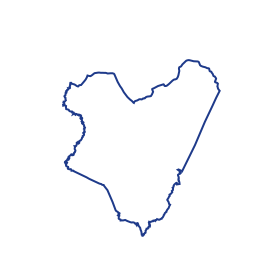 Tan Bien, Tây Ninh, Vietnam (Mercator projection), rotated 26°
{"feature_id": "81297802B37342354446447", "entity_name": "Tan Bien", "entity_type": "district", "adm_level": 2, "iso_a3": "VNM", "parent_name": "Vietnam", "parent_adm1": "Tây Ninh", "projection": "mercator", "projection_center": [105.982, 11.586], "detail": "fine", "context": "isolated", "style": "outline", "palette": "blue", "viewbox_px": 256, "rotation_deg": 26, "n_neighbors": 0, "source": "geoboundaries", "source_scale": "gbopen_adm2", "svg_char_len": 5768}
<svg xmlns="http://www.w3.org/2000/svg" viewBox="0 0 256 256"><g transform="rotate(26 128 128)"><path d="M178.2,211.4L177.8,209.7L178.0,209.4L178.4,209.3L179.3,210.0L180.1,211.1L181.2,211.6L181.7,211.9L182.3,212.2L182.8,212.5L183.9,214.0L184.4,214.3L185.6,215.5L187.2,218.0L188.3,218.1L188.4,218.4L188.7,218.2L188.8,217.2L188.6,216.6L188.9,216.5L188.7,216.2L189.0,215.8L189.1,215.0L189.6,214.6L189.5,213.8L188.8,212.6L189.0,211.7L188.9,210.9L189.1,210.6L188.9,210.3L189.6,209.8L189.5,209.7L190.2,208.7L190.1,208.2L189.8,208.2L189.8,207.7L190.1,206.9L190.6,206.8L190.2,206.3L190.5,206.0L190.0,205.3L189.9,205.3L189.8,205.5L189.7,205.3L189.5,205.5L189.3,205.4L189.0,205.0L188.8,204.3L188.2,203.9L188.1,203.0L188.6,203.0L189.1,202.8L189.7,202.3L189.9,201.9L190.2,201.7L190.6,201.2L191.1,200.9L191.2,200.5L191.5,200.7L192.1,200.1L192.3,199.9L192.4,199.4L193.1,199.1L193.2,198.6L193.5,198.4L193.6,198.6L194.0,197.4L194.4,197.4L194.6,197.3L194.5,197.1L196.1,196.9L196.7,196.4L197.0,195.7L197.5,195.3L197.7,194.8L198.0,194.7L197.9,194.2L198.4,193.2L198.5,191.0L198.3,190.5L198.6,189.8L198.4,188.7L198.5,188.1L198.9,187.5L198.9,186.9L199.3,186.5L199.0,185.4L199.2,183.8L199.6,182.3L199.4,180.1L199.5,178.5L198.3,178.3L196.9,176.7L194.8,175.4L194.8,174.4L195.0,173.9L195.0,172.9L195.0,171.3L195.3,170.7L194.5,169.7L195.4,168.3L195.9,166.3L195.0,165.4L195.5,164.3L195.5,164.0L195.0,162.6L194.3,162.1L194.6,161.5L194.7,160.7L194.3,159.9L194.4,158.6L195.3,156.4L195.7,156.0L196.2,156.1L196.8,157.2L198.9,155.7L197.8,154.0L196.6,153.3L196.7,152.8L195.8,152.0L195.9,151.4L195.5,151.1L195.2,150.0L193.8,148.8L193.5,148.3L193.5,148.0L194.0,147.1L194.9,146.2L195.1,145.4L194.7,145.5L194.4,145.5L193.9,145.2L193.9,144.7L193.3,144.1L191.1,143.7L191.6,143.1L195.6,143.1L195.7,114.0L194.4,88.8L194.2,70.8L194.0,62.3L194.1,54.4L192.4,53.6L191.5,53.0L190.7,51.9L190.2,51.6L189.3,48.7L188.3,48.4L186.3,48.6L185.9,48.3L185.8,47.8L185.6,45.1L185.4,44.8L183.5,43.7L182.1,43.8L180.2,42.1L179.0,41.6L178.2,40.9L176.8,41.1L176.3,40.9L174.9,39.1L174.3,39.0L173.0,39.5L171.0,39.5L168.1,40.1L166.1,40.2L165.2,39.9L163.0,37.9L162.5,37.6L161.6,37.6L157.8,39.2L153.5,40.1L152.4,40.6L151.4,41.4L150.8,42.1L149.0,47.0L148.7,49.3L147.5,50.9L147.5,51.4L147.8,52.4L149.1,54.2L150.2,58.6L150.4,60.5L150.2,62.4L149.3,63.5L148.3,64.1L147.3,65.7L145.6,70.3L144.5,72.7L143.6,73.7L142.6,74.1L142.2,74.0L141.1,73.2L140.7,73.2L136.6,77.1L134.0,80.7L132.7,82.2L132.8,82.7L134.7,84.5L134.8,87.3L134.6,89.2L134.1,89.7L131.6,91.3L130.7,92.2L130.1,93.9L129.6,94.3L129.4,94.2L128.9,94.9L128.4,95.1L128.0,96.1L127.8,96.3L126.3,96.8L125.5,97.3L124.3,99.1L123.1,100.2L122.5,100.9L122.2,101.8L122.3,102.9L122.0,102.9L119.7,102.0L117.3,101.5L113.9,100.4L108.6,97.7L105.0,95.2L102.4,93.8L98.5,91.1L92.2,85.7L91.5,85.4L90.1,85.6L88.6,86.3L85.9,87.9L83.8,88.2L79.4,90.3L78.1,90.7L76.9,91.3L74.0,93.3L73.6,93.9L72.5,96.3L71.6,97.8L70.2,98.3L68.6,98.6L68.8,100.6L68.7,102.9L68.3,104.8L67.0,109.9L65.6,110.8L65.3,111.2L65.1,112.4L64.8,112.6L63.6,112.7L60.9,112.3L58.2,112.8L57.1,112.3L56.4,112.7L56.5,113.2L56.9,113.4L57.2,114.0L57.2,114.3L57.0,114.6L57.5,115.5L57.3,116.2L57.5,116.6L57.5,116.9L58.0,117.0L58.3,117.4L58.2,117.7L57.7,118.0L57.5,118.5L56.9,118.6L57.4,119.1L57.4,119.5L57.2,120.0L56.6,120.4L56.7,121.1L56.4,121.6L56.8,121.8L56.9,122.1L56.4,122.8L56.4,123.0L57.0,123.0L57.2,123.3L57.1,123.6L56.7,123.9L57.0,125.2L57.3,125.5L57.4,126.2L56.9,127.0L56.9,127.3L58.1,128.3L58.7,128.4L59.2,129.6L60.0,130.3L59.3,132.8L59.0,133.1L58.7,133.0L58.8,133.5L59.5,133.5L60.3,134.3L60.4,134.7L60.1,135.1L60.0,135.5L59.6,135.7L60.0,136.3L60.2,136.1L60.3,135.6L60.9,135.5L61.0,135.1L61.7,135.3L62.7,135.4L63.0,136.4L64.2,138.1L66.6,137.6L67.0,137.8L67.4,138.2L68.2,138.4L68.9,138.4L69.6,138.2L70.2,137.8L70.5,137.7L70.8,137.9L70.8,138.1L70.4,139.1L71.5,138.1L72.3,137.9L72.7,138.2L72.7,139.5L73.2,138.8L73.8,138.4L74.2,138.5L74.4,139.0L75.0,139.2L75.4,138.1L75.7,137.9L77.1,138.3L77.8,138.1L77.5,137.8L77.8,137.5L78.5,137.4L78.8,137.9L79.3,137.3L80.1,137.3L80.6,137.7L80.6,139.0L80.8,139.4L81.2,139.2L81.8,139.2L82.1,139.0L82.5,139.2L82.7,139.7L82.6,140.1L81.9,140.6L82.9,141.0L83.3,141.3L83.7,141.8L83.7,142.2L83.6,142.5L84.4,142.6L85.3,142.4L85.6,142.6L85.7,143.0L85.5,143.4L85.0,143.8L84.6,143.8L84.7,144.0L86.4,144.4L87.2,144.7L87.6,145.2L88.0,146.1L88.9,146.3L89.2,146.5L89.2,146.9L88.8,147.6L88.8,148.1L89.4,148.2L90.1,150.2L90.7,150.2L90.9,150.5L90.8,151.0L90.2,151.4L89.9,152.0L90.1,152.3L91.2,152.8L91.4,153.3L91.5,154.0L90.8,155.0L91.3,155.8L91.2,156.2L90.9,156.7L91.2,157.8L91.0,159.5L90.8,160.1L90.3,160.5L90.1,161.3L89.7,161.7L90.5,162.3L90.7,162.7L90.6,163.2L90.3,163.8L90.1,163.8L89.5,163.6L89.3,163.0L88.8,163.0L88.6,163.3L88.4,163.9L89.0,164.6L89.3,166.7L89.0,167.1L88.0,167.7L88.8,168.2L88.9,169.4L89.5,170.5L90.3,170.9L90.7,171.4L90.8,171.9L90.6,172.4L90.9,173.2L90.4,173.8L90.9,175.9L90.6,176.4L89.7,177.0L89.2,176.8L89.0,176.3L88.6,176.5L88.2,177.9L87.2,179.9L87.4,180.5L88.2,180.4L88.5,180.7L88.5,182.4L88.2,182.8L87.3,182.5L87.3,183.4L86.2,186.1L86.3,186.5L87.1,187.1L87.5,185.7L87.8,185.5L88.4,185.6L88.5,186.0L88.3,186.7L88.3,187.3L88.7,188.8L89.4,189.4L91.2,189.2L91.6,189.6L91.6,190.7L91.9,191.0L93.5,190.8L94.3,190.2L94.9,190.1L95.4,190.4L95.9,191.2L97.6,190.3L98.0,190.4L98.2,190.6L112.4,190.5L115.4,190.7L126.7,190.5L128.7,190.1L129.8,190.4L131.1,189.9L131.9,190.5L136.8,192.9L146.6,201.3L152.9,207.3L153.9,207.8L155.5,207.9L155.9,208.1L157.8,208.4L157.9,209.0L157.1,209.5L157.2,209.8L158.0,210.3L157.5,210.5L157.6,210.8L157.5,211.0L158.5,211.1L159.2,213.3L159.5,213.6L160.1,213.7L161.4,213.6L161.9,214.4L163.4,213.5L164.0,213.3L165.8,211.9L168.2,211.9L171.6,211.6L172.8,211.3L173.8,210.6L174.3,210.5L175.6,210.3L176.1,210.8L177.2,210.8L178.2,211.4Z" fill="none" stroke="#1e3a8a" stroke-width="2"/></g></svg>